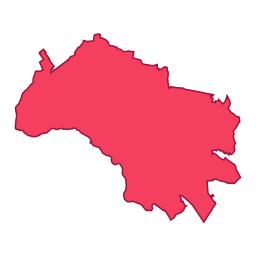 Cerro Azul, Veracruz, Mexico (Mercator projection)
{"feature_id": "50627088B61816246956144", "entity_name": "Cerro Azul", "entity_type": "district", "adm_level": 2, "iso_a3": "MEX", "parent_name": "Mexico", "parent_adm1": "Veracruz", "projection": "mercator", "projection_center": [-97.762, 21.185], "detail": "fine", "context": "isolated", "style": "filled", "palette": "rose", "viewbox_px": 256, "rotation_deg": 0, "n_neighbors": 0, "source": "geoboundaries", "source_scale": "gbopen_adm2", "svg_char_len": 5785}
<svg xmlns="http://www.w3.org/2000/svg" viewBox="0 0 256 256"><path d="M226.9,95.7L226.8,96.9L226.6,97.3L226.3,98.6L225.9,99.1L225.6,100.6L224.8,101.7L223.2,103.9L222.6,103.6L218.6,99.5L218.4,101.0L215.4,101.0L215.1,102.1L214.8,102.1L214.8,102.5L214.2,102.1L211.9,102.0L213.0,98.5L211.7,97.8L210.7,97.6L210.7,96.2L210.6,95.8L212.0,96.0L212.5,96.2L213.5,94.7L206.8,93.5L203.4,92.9L203.2,92.8L203.2,92.7L201.6,92.4L184.0,89.0L183.8,88.9L183.6,88.4L183.2,88.2L180.5,87.9L179.1,87.9L176.5,87.7L171.4,86.8L170.0,87.1L170.3,87.9L169.6,88.2L168.8,87.9L168.8,87.3L168.5,86.5L168.4,84.3L168.4,83.5L167.9,83.3L167.7,81.6L168.0,81.0L167.8,80.4L167.6,78.5L168.2,75.2L168.1,71.6L167.2,71.1L167.1,67.5L165.9,67.5L165.7,67.0L164.2,66.9L163.1,67.8L161.6,68.9L158.8,70.0L158.8,68.5L157.3,68.6L157.2,64.5L153.5,65.6L152.3,65.6L151.2,65.4L150.1,65.4L148.9,65.0L143.4,64.2L142.3,63.6L141.7,62.7L140.8,60.1L132.7,57.9L133.8,51.8L133.4,51.8L132.6,51.6L131.5,51.4L129.8,51.3L128.6,51.0L125.4,51.6L124.3,51.6L123.7,51.6L122.7,51.2L121.8,50.5L121.1,49.9L120.8,49.4L117.3,48.8L117.1,47.4L115.5,46.9L112.6,45.8L109.3,45.4L108.5,43.3L108.2,42.4L107.8,41.7L106.0,40.1L105.5,39.5L104.3,39.2L102.6,38.2L99.8,37.5L100.3,34.5L99.7,34.4L99.4,34.2L99.0,34.2L97.9,33.9L96.0,34.9L95.7,34.8L95.6,34.6L94.6,35.0L94.1,35.8L93.6,40.1L93.6,40.9L87.4,41.4L87.5,41.6L83.3,40.5L83.4,41.9L83.2,42.5L82.8,43.2L81.1,44.9L80.8,45.4L79.4,47.3L78.2,47.2L77.7,48.4L76.7,49.4L76.0,50.7L74.6,52.5L74.9,53.1L75.1,53.8L75.2,54.6L72.3,56.3L70.6,56.5L69.3,58.4L67.8,60.4L67.7,60.1L53.8,70.6L54.0,70.9L52.2,71.6L51.0,72.8L51.1,71.1L50.9,69.8L52.8,69.2L52.0,68.1L54.0,66.6L48.7,59.1L49.3,58.7L45.2,53.2L46.0,52.6L43.6,49.3L39.5,52.3L40.3,53.3L39.6,53.8L43.6,59.3L39.6,62.2L43.1,70.1L42.4,70.4L41.5,70.4L40.5,71.2L39.1,71.3L37.8,71.0L36.4,71.1L35.5,71.4L34.9,74.0L34.4,75.3L33.7,76.6L33.1,79.1L33.1,81.2L33.4,82.3L32.6,83.2L30.9,84.5L29.8,86.1L28.5,87.4L27.2,89.1L25.7,90.2L22.7,93.3L21.9,95.0L21.6,96.9L20.4,100.0L19.6,101.6L19.1,103.3L18.6,103.9L17.1,105.4L15.9,106.8L15.5,108.0L15.9,111.5L16.3,112.8L16.6,114.9L16.5,116.8L16.0,120.1L15.7,123.2L15.5,124.9L15.4,126.6L15.4,128.1L15.9,129.0L16.9,129.6L18.1,129.3L18.7,129.9L19.3,130.3L20.6,130.4L21.9,130.4L22.8,130.7L23.8,131.6L24.0,132.5L24.7,133.1L25.8,133.6L26.8,134.6L28.0,135.3L31.6,136.3L34.0,136.7L36.3,136.4L39.5,135.3L40.5,134.2L41.8,133.7L45.1,132.9L46.4,133.0L47.3,132.4L48.2,131.5L49.3,130.8L49.9,129.9L50.8,129.2L52.0,128.5L53.4,128.5L54.5,128.9L56.6,129.4L58.3,129.2L59.7,128.6L60.8,128.4L62.0,128.5L63.3,129.2L64.1,129.1L65.1,129.1L67.3,129.3L69.4,129.2L71.1,128.8L72.6,128.7L73.8,128.1L74.8,128.0L75.6,128.2L76.1,128.8L76.5,129.7L79.1,130.5L80.2,131.9L81.5,133.1L88.4,136.9L90.2,138.7L91.4,141.3L90.7,141.5L90.2,142.1L90.3,143.0L91.4,143.4L92.5,144.4L93.5,145.6L96.4,146.7L98.1,147.0L99.0,147.6L100.2,149.1L101.5,150.4L102.3,152.8L103.4,153.6L104.9,154.3L106.1,155.2L107.2,155.5L108.6,155.7L110.0,156.3L111.5,157.3L111.7,158.9L111.1,159.8L111.6,161.0L111.9,162.3L113.4,163.9L115.2,164.6L116.8,164.1L117.7,163.5L118.8,163.4L120.1,164.3L122.0,167.2L122.5,168.8L122.6,170.6L122.3,172.0L122.2,172.9L122.5,174.1L123.1,175.5L124.2,176.8L125.3,178.0L125.9,180.6L126.0,182.9L126.3,184.6L126.2,186.1L126.0,188.1L125.6,190.5L124.5,192.0L123.7,193.6L124.0,197.2L124.5,199.0L125.5,200.2L126.4,200.9L127.8,201.8L129.9,201.8L131.9,201.4L133.4,201.4L137.8,203.2L140.3,204.0L141.2,204.6L142.5,205.9L142.7,206.3L144.0,207.8L145.3,209.5L146.7,210.6L149.3,210.1L150.2,210.6L151.3,210.6L152.6,208.7L152.1,206.9L152.0,206.2L152.3,204.8L153.4,204.0L154.5,203.9L155.2,204.4L155.7,204.9L156.7,205.7L157.3,205.8L158.6,206.8L158.8,207.1L159.2,207.3L162.5,209.9L164.4,210.9L165.2,210.4L167.0,213.8L167.4,214.2L168.4,215.7L170.9,220.0L173.2,218.2L174.1,217.6L174.9,216.5L175.2,215.4L176.4,214.3L178.1,213.6L179.5,213.2L181.4,212.2L182.7,211.1L183.8,209.8L184.9,207.1L186.0,206.1L186.3,205.8L185.1,205.8L184.2,204.1L182.9,201.1L182.6,201.2L182.1,201.2L181.9,201.4L181.7,201.7L181.3,201.8L180.8,201.4L180.7,201.0L180.8,200.6L181.3,199.4L181.3,199.1L181.0,198.6L180.8,197.4L179.7,196.2L179.8,195.6L180.9,195.6L182.5,196.0L186.3,199.4L188.5,201.1L190.9,203.7L192.2,204.7L198.2,213.6L201.2,218.1L201.8,219.1L203.9,222.1L208.4,214.9L210.7,211.6L213.6,206.7L215.8,203.5L214.6,201.7L214.2,202.0L211.2,197.7L213.6,195.8L212.7,194.7L210.3,196.4L208.0,193.2L207.3,184.8L207.2,181.0L210.0,180.8L211.6,180.6L213.0,180.6L212.9,179.5L216.4,179.2L217.3,179.6L220.7,181.0L222.6,181.4L224.6,181.7L225.3,181.9L226.4,182.6L227.7,183.1L229.3,183.4L234.3,183.4L235.8,182.1L238.0,179.6L239.2,178.5L240.6,177.5L239.3,175.3L237.7,172.1L236.5,170.3L236.2,169.7L235.9,168.4L235.6,166.4L235.3,165.8L234.3,164.4L233.8,164.0L232.2,163.2L228.1,160.2L227.5,159.8L227.1,159.4L226.1,158.3L225.4,157.6L223.6,160.0L221.8,159.1L219.6,157.8L218.1,156.4L216.5,154.8L216.4,154.9L213.8,153.0L212.8,153.5L212.2,154.3L211.9,151.9L211.6,151.4L214.0,150.0L214.2,149.8L215.3,150.3L216.9,150.8L217.1,150.3L218.2,149.4L218.7,149.5L219.1,149.7L219.7,150.5L220.5,151.0L220.7,150.4L221.0,150.3L221.9,150.9L223.4,151.5L223.5,152.2L223.3,152.6L223.6,152.7L224.5,152.2L224.9,152.3L224.7,153.4L225.2,153.7L225.4,153.6L226.2,152.9L227.0,153.5L227.7,153.8L228.0,154.2L228.8,154.9L229.2,154.7L229.3,153.2L230.0,153.7L230.3,153.8L231.5,154.5L232.5,153.5L233.1,152.5L234.1,151.8L234.6,149.6L234.7,148.7L233.9,147.0L234.5,145.6L235.5,142.9L234.6,141.7L234.0,139.8L233.3,135.9L234.0,134.0L233.6,132.6L233.6,131.1L234.3,129.4L235.8,128.2L237.6,124.6L239.0,122.5L239.7,121.8L239.6,120.4L239.1,117.2L238.0,116.8L237.3,116.7L235.8,116.0L235.3,115.5L234.0,114.3L233.8,114.1L233.2,113.8L231.1,112.2L229.7,110.6L228.1,108.6L228.7,107.7L230.0,104.4L230.2,103.2L229.8,101.2L228.3,98.2L227.8,97.0L227.5,96.3L226.9,95.7Z" fill="#f43f5e" stroke="#9f1239" stroke-width="1.5"/></svg>